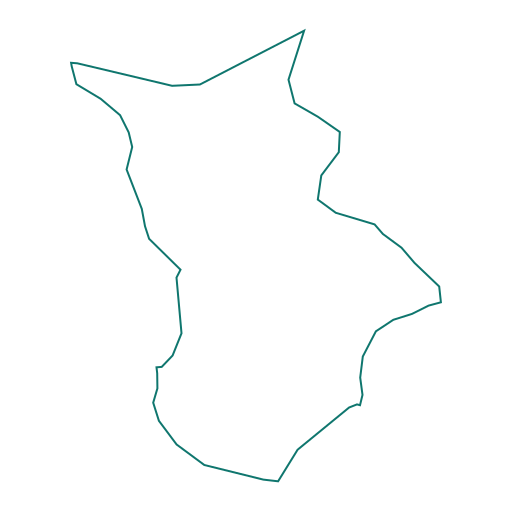 outline of Kouritenga
{"feature_id": "BFA-2829", "entity_name": "Kouritenga", "entity_type": "Province", "adm_level": 1, "iso_a3": "BFA", "parent_name": "Burkina Faso", "parent_adm1": "", "projection": "albers", "projection_center": [-0.3, 12.177], "detail": "fine", "context": "isolated", "style": "outline", "palette": "teal", "viewbox_px": 512, "rotation_deg": 0, "n_neighbors": 0, "source": "natural_earth", "source_scale": "10m", "svg_char_len": 774}
<svg xmlns="http://www.w3.org/2000/svg" viewBox="0 0 512 512"><path d="M156.5,367.3L161.7,366.9L172.6,355.5L181.5,333.3L176.5,277.6L180.5,269.7L149.1,238.8L145.0,226.2L141.8,208.9L126.6,169.5L132.2,147.0L128.7,132.4L120.1,115.2L100.8,98.9L76.4,84.2L71.7,66.3L71.1,62.8L77.3,63.3L172.1,85.8L199.9,84.5L304.1,30.7L288.5,79.7L294.6,103.4L317.8,116.7L339.8,132.0L338.8,152.2L321.3,175.4L317.8,199.6L335.8,212.8L374.6,224.4L382.9,234.0L401.5,247.7L414.5,262.9L439.2,286.5L440.9,302.3L428.6,305.6L412.0,313.9L393.3,319.8L375.9,331.3L362.8,356.5L360.2,377.6L362.5,394.9L360.0,405.2L357.0,404.4L349.1,407.5L297.6,449.7L278.1,481.3L263.3,479.6L204.3,465.0L176.6,444.5L158.9,420.8L153.2,402.7L157.4,388.4L157.2,373.3L156.5,367.3Z" fill="none" stroke="#0f766e" stroke-width="2"/></svg>